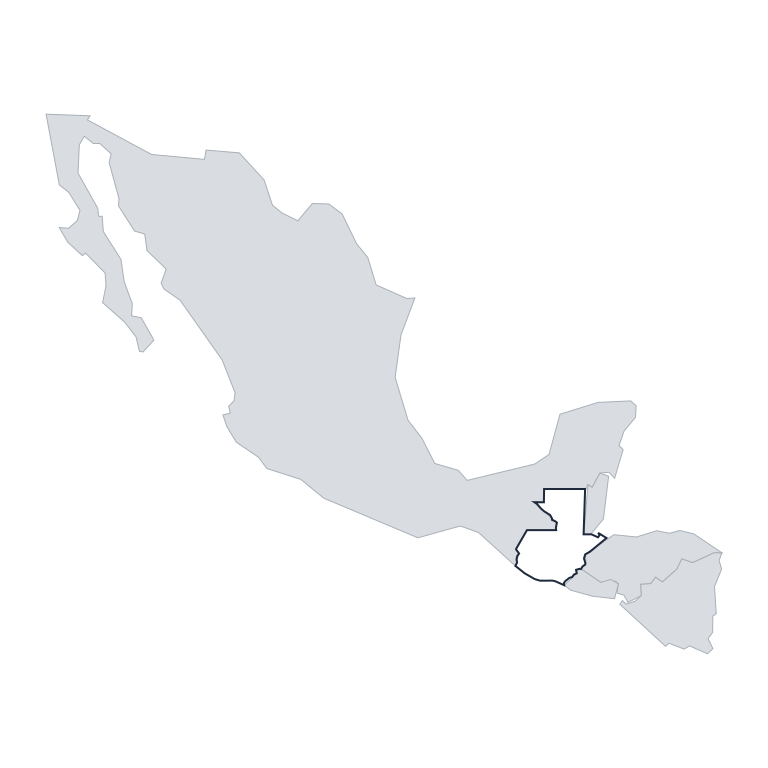 Guatemala and the surrounding countries
{"feature_id": "GTM", "entity_name": "Guatemala", "entity_type": "country or territory", "adm_level": 0, "iso_a3": "GTM", "parent_name": "North America", "parent_adm1": "", "projection": "orthographic", "projection_center": [-90.227, 15.776], "detail": "coarse", "context": "with_neighbors", "style": "outline", "palette": "slate", "viewbox_px": 768, "rotation_deg": 0, "n_neighbors": 5, "source": "natural_earth", "source_scale": "50m", "svg_char_len": 3201}
<svg xmlns="http://www.w3.org/2000/svg" viewBox="0 0 768 768"><path d="M46.1,114.2L90.1,115.8L87.4,119.9L151.6,154.5L204.5,159.4L206.1,150.1L239.3,152.9L264.2,180.1L272.5,205.3L281.9,212.9L297.8,220.8L312.4,203.5L328.8,204.0L342.1,213.9L356.7,243.9L367.8,257.5L376.2,285.0L406.7,298.5L414.9,298.0L401.0,334.8L395.1,377.3L408.0,420.2L421.8,438.1L434.8,463.5L458.2,470.3L467.2,480.4L534.8,464.0L549.0,454.5L560.0,414.2L598.1,402.4L630.7,400.9L636.1,405.8L635.6,417.1L624.0,431.2L619.0,445.6L623.1,449.6L614.6,478.3L608.9,472.3L600.0,473.1L592.1,487.4L588.0,484.6L585.5,489.2L543.8,489.0L543.7,502.2L533.5,502.2L556.4,522.2L555.8,530.2L526.7,530.1L515.6,549.3L518.8,553.7L515.5,566.1L478.5,532.5L460.2,526.0L417.8,537.8L323.8,498.2L300.8,479.4L266.8,468.5L258.5,457.2L236.4,442.3L226.9,426.7L222.9,414.9L230.2,413.2L228.7,406.3L234.1,400.6L235.0,392.6L222.1,359.8L180.0,300.1L164.0,289.1L161.1,283.1L166.2,269.1L147.0,250.5L144.7,234.0L134.6,231.1L118.5,205.9L119.0,198.7L109.1,162.4L111.2,153.8L99.7,143.4L93.4,143.6L84.3,136.2L79.3,144.9L78.0,173.1L97.7,208.2L98.7,216.3L102.2,216.3L103.3,231.5L121.0,259.5L124.1,281.5L132.3,303.6L131.6,315.9L141.2,317.7L153.9,340.1L143.1,351.9L139.5,351.4L136.0,336.8L124.7,322.2L102.6,302.6L106.0,285.8L105.1,273.0L85.5,253.0L82.4,255.7L67.8,242.2L59.2,227.5L68.5,228.3L77.3,220.6L80.0,210.4L68.9,192.5L59.3,184.8L46.1,114.2Z" fill="#d9dde1" stroke="#a8b0b8" stroke-width="1"/><path d="M712.9,648.6L707.5,653.8L689.4,645.9L684.2,649.1L668.9,643.3L665.5,646.3L619.9,604.3L622.4,600.6L626.2,604.1L635.1,601.3L641.2,595.7L640.6,584.1L650.7,583.5L655.5,577.1L662.3,581.8L676.6,569.2L681.8,558.8L692.7,562.5L714.2,552.6L721.9,552.8L719.1,560.4L721.6,569.0L714.5,586.7L716.2,613.7L712.8,616.1L712.6,632.4L708.1,638.6L712.9,648.6Z" fill="#d9dde1" stroke="#a8b0b8" stroke-width="1"/><path d="M721.9,552.8L714.2,552.6L692.7,562.5L681.8,558.8L676.6,569.2L662.3,581.8L655.5,577.1L650.7,583.5L640.6,584.1L641.2,595.7L628.0,602.4L623.9,595.1L616.9,593.1L618.4,583.7L615.3,581.2L600.6,582.4L581.1,568.9L585.8,562.9L585.6,553.8L613.9,534.7L636.5,537.0L656.8,530.7L669.5,533.3L679.8,530.5L693.8,533.9L721.9,552.8Z" fill="#d9dde1" stroke="#a8b0b8" stroke-width="1"/><path d="M581.1,568.9L600.6,582.4L610.6,579.5L618.4,583.7L614.5,598.7L592.9,596.3L570.7,590.2L564.2,585.2L577.0,573.2L575.8,570.4L581.1,568.9Z" fill="#d9dde1" stroke="#a8b0b8" stroke-width="1"/><path d="M583.8,534.4L588.0,484.6L592.1,487.4L600.0,473.1L608.6,476.3L603.4,519.1L590.5,534.4L583.8,534.4Z" fill="#d9dde1" stroke="#a8b0b8" stroke-width="1"/><path d="M515.4,565.9L517.1,562.5L516.5,559.5L517.2,556.1L519.1,553.5L516.2,549.6L516.2,548.7L527.0,530.1L556.2,530.1L555.9,528.0L556.9,522.6L555.6,521.5L552.0,519.8L552.0,518.5L550.2,515.1L544.3,511.4L541.2,508.8L536.6,503.5L534.5,502.2L543.9,502.3L544.1,489.0L585.1,489.0L583.6,534.3L591.4,534.3L598.0,537.3L599.5,535.2L598.2,532.9L606.5,538.0L590.0,551.7L585.2,554.4L584.0,558.5L585.4,563.1L585.2,564.6L582.6,566.4L580.9,569.1L579.6,568.8L576.1,569.8L576.7,573.3L573.9,574.6L572.1,577.1L569.3,577.9L565.2,581.2L564.0,582.9L564.2,585.2L555.4,581.3L552.5,580.6L540.1,580.7L534.8,579.1L524.8,573.4L515.4,565.9Z" fill="none" stroke="#1e293b" stroke-width="2"/></svg>